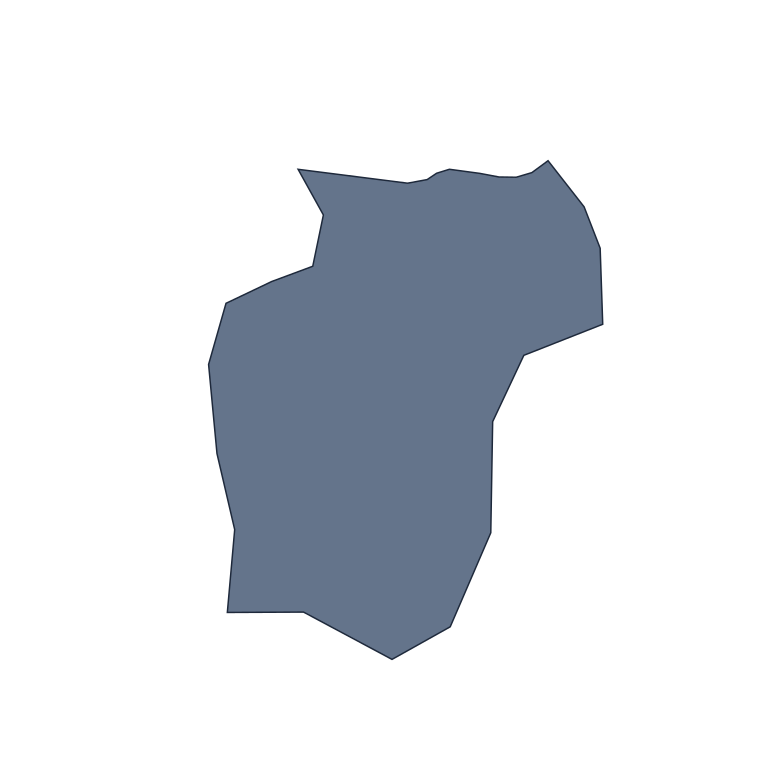 the state/province of São Domingos, rotated 305°
{"feature_id": "CPV-5051", "entity_name": "São Domingos", "entity_type": "state/province", "adm_level": 1, "iso_a3": "CPV", "parent_name": "Cabo Verde", "parent_adm1": "", "projection": "albers", "projection_center": [-23.501, 15.012], "detail": "fine", "context": "isolated", "style": "filled", "palette": "slate", "viewbox_px": 768, "rotation_deg": 305, "n_neighbors": 0, "source": "natural_earth", "source_scale": "10m", "svg_char_len": 507}
<svg xmlns="http://www.w3.org/2000/svg" viewBox="0 0 768 768"><g transform="rotate(305 384 384)"><path d="M510.6,190.5L562.0,288.1L576.2,302.1L586.8,306.2L597.4,314.4L611.5,341.7L619.5,359.4L629.2,373.7L642.0,383.9L661.0,390.3L643.9,446.3L619.2,483.2L558.4,528.9L487.7,482.1L415.5,494.6L323.4,556.8L223.1,577.5L163.0,548.5L151.0,448.9L107.0,386.7L179.1,345.2L231.2,287.1L299.4,229.1L359.5,208.3L403.5,233.2L439.6,258.1L487.7,237.4L510.6,190.5Z" fill="#64748b" stroke="#1e293b" stroke-width="1.5"/></g></svg>